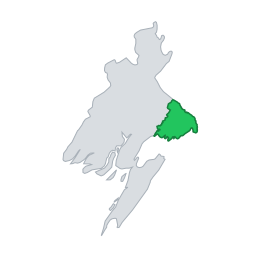 Bangladesh, with Sylhet highlighted, rotated 41°
{"feature_id": "BGD-2488", "entity_name": "Sylhet", "entity_type": "Division", "adm_level": 1, "iso_a3": "BGD", "parent_name": "Bangladesh", "parent_adm1": "", "projection": "equal_earth", "projection_center": [91.663, 24.595], "detail": "fine", "context": "in_parent", "style": "filled", "palette": "green", "viewbox_px": 256, "rotation_deg": 41, "n_neighbors": 0, "source": "natural_earth", "source_scale": "10m", "svg_char_len": 6555}
<svg xmlns="http://www.w3.org/2000/svg" viewBox="0 0 256 256"><g transform="rotate(41 128 128)"><path d="M95.0,181.7L95.0,175.4L91.7,163.2L91.9,161.9L91.3,156.0L90.4,152.7L90.1,149.3L92.1,144.3L91.3,143.5L86.9,141.9L86.4,140.6L87.4,135.7L84.2,131.1L83.0,127.6L86.5,116.5L87.4,108.7L87.1,107.2L85.1,105.5L81.5,104.8L78.9,103.3L77.4,101.1L76.1,100.3L74.6,100.9L72.6,100.1L70.9,97.9L69.5,95.2L70.1,92.3L72.8,85.5L73.8,85.3L76.1,86.6L76.9,86.6L78.5,83.9L80.6,76.2L88.0,76.9L89.8,76.7L91.6,76.0L92.6,75.1L93.2,73.8L93.0,72.8L90.8,71.3L89.9,70.3L89.3,67.2L88.6,66.0L84.2,65.9L81.9,64.5L80.7,63.2L78.4,59.0L75.7,55.9L73.0,55.2L72.0,54.2L71.5,52.6L71.8,50.3L73.2,45.9L80.6,36.4L80.8,35.3L80.5,34.1L78.4,32.6L78.3,31.8L78.9,29.8L80.1,29.6L82.6,31.4L85.1,34.3L86.6,36.9L86.7,39.0L88.7,39.4L90.3,40.3L92.1,40.1L93.2,40.6L93.9,40.4L94.2,39.2L92.8,36.2L93.5,35.0L95.2,35.0L96.4,36.1L97.2,38.4L97.4,42.0L99.3,45.3L101.9,47.6L103.9,48.6L106.3,49.4L108.4,48.7L109.5,46.4L109.0,44.4L109.4,42.6L110.2,41.6L111.5,41.6L112.5,43.1L115.3,50.8L114.7,54.2L115.3,63.7L114.5,69.9L115.0,72.3L115.5,72.7L119.8,73.9L126.0,76.4L130.8,77.3L152.3,76.6L157.0,77.8L171.5,76.9L175.4,78.9L179.6,82.1L182.1,84.5L182.5,85.9L182.2,87.1L181.4,87.7L179.9,87.7L176.6,86.2L176.0,86.6L175.9,90.4L173.2,99.8L172.8,102.7L171.8,103.8L169.0,104.4L167.1,109.9L166.3,110.6L164.5,109.4L163.3,109.6L161.8,110.1L160.4,111.4L159.4,112.9L158.2,113.5L154.2,113.4L153.4,115.9L150.7,119.3L148.9,128.1L149.0,130.8L151.3,137.9L152.8,147.1L153.4,148.0L154.2,148.1L154.2,143.9L155.0,143.3L155.9,143.8L157.8,149.5L158.9,150.9L160.6,151.3L162.5,150.5L163.9,148.8L164.5,147.0L164.0,140.8L164.9,138.3L168.2,134.6L168.7,133.4L168.5,127.2L169.7,127.0L171.4,127.5L173.5,126.1L174.1,126.0L175.0,127.6L176.5,127.3L178.8,139.6L179.0,148.3L179.5,153.1L180.3,154.2L182.8,161.4L185.2,186.9L185.5,203.1L186.5,208.7L185.7,209.9L184.9,210.1L184.1,208.2L178.8,204.1L177.5,204.5L175.6,206.9L174.9,209.1L175.2,212.2L175.8,215.3L177.1,217.1L177.2,219.0L178.6,226.4L178.2,226.4L175.3,219.7L171.8,213.2L170.6,201.4L170.5,195.7L168.1,188.9L165.8,177.0L166.8,172.8L165.1,174.7L162.4,167.6L158.3,160.6L157.1,157.6L157.0,154.6L155.2,157.6L152.8,159.7L150.3,162.9L148.6,163.8L143.4,164.4L140.4,160.2L136.0,149.8L135.5,147.4L136.1,141.3L135.0,135.5L134.8,130.5L134.0,130.9L133.7,132.3L133.8,134.5L133.5,136.3L126.2,135.1L129.3,138.1L132.7,138.8L134.4,141.5L134.5,146.1L131.2,148.8L131.5,151.1L133.4,153.9L131.1,154.7L130.4,156.5L130.4,159.1L132.0,163.1L131.7,164.7L134.4,169.9L135.0,172.4L134.3,176.0L128.3,183.2L126.5,188.3L125.1,190.7L123.2,191.1L121.0,188.7L121.0,186.2L121.4,184.2L124.6,179.5L122.9,180.1L118.0,184.1L117.1,180.9L116.5,177.9L116.5,174.3L118.9,168.9L116.2,171.6L115.5,174.9L115.8,178.9L115.4,181.7L114.4,185.4L113.0,187.6L110.7,189.0L109.6,191.2L108.1,192.8L107.6,185.4L106.0,175.4L105.7,177.6L106.5,183.8L106.4,187.8L105.1,191.0L102.6,194.4L100.7,194.9L99.6,194.4L96.0,189.2L95.7,184.3L95.0,181.7ZM139.1,181.8L134.6,183.0L132.3,182.6L136.6,173.6L136.5,169.6L135.8,166.3L133.7,163.7L133.6,161.8L132.6,159.3L132.1,156.3L134.5,155.3L136.4,157.0L137.1,160.4L138.1,163.0L141.4,168.2L141.3,171.5L140.4,179.4L139.1,181.8ZM148.6,178.8L145.9,181.2L146.8,167.1L148.8,172.3L149.3,175.2L148.6,178.8ZM159.0,171.8L157.8,172.8L156.7,171.9L155.3,168.6L156.0,164.3L156.4,163.7L158.1,168.0L159.0,171.8ZM169.0,201.7L167.5,201.9L166.7,200.9L167.1,199.4L166.6,194.8L168.6,194.4L169.3,198.2L169.0,201.7ZM167.3,188.8L166.1,193.4L165.7,191.4L166.5,187.3L167.3,188.8ZM135.7,151.9L136.1,153.4L133.6,151.5L133.0,150.1L134.1,149.4L135.7,151.9Z" fill="#d9dde1" stroke="#a8b0b8" stroke-width="1"/><path d="M174.0,98.1L173.7,98.4L173.3,98.7L173.0,99.1L172.9,99.7L173.0,101.8L172.9,102.8L172.5,103.6L171.8,103.9L171.1,104.0L169.0,103.8L168.9,104.2L169.5,105.4L169.5,105.8L169.0,105.6L168.5,105.1L168.2,104.8L167.7,105.1L167.6,105.7L167.9,107.0L167.8,107.7L167.3,110.6L167.1,111.2L166.8,111.4L166.3,111.3L165.5,110.3L165.4,110.0L165.4,109.3L165.3,109.0L165.1,109.0L163.5,108.6L163.2,109.0L163.3,109.7L163.4,110.4L163.4,111.0L163.2,111.5L162.7,111.7L162.2,111.6L161.8,111.3L161.5,110.7L161.1,109.4L160.8,109.2L160.7,109.6L160.4,111.8L160.2,112.5L160.0,113.0L159.6,113.3L159.0,113.5L158.0,113.7L157.0,113.6L155.1,113.1L154.1,113.2L153.8,114.0L153.7,115.3L153.5,116.7L153.2,117.0L152.9,116.9L152.7,116.8L152.7,116.6L152.8,116.0L152.8,115.8L152.8,115.7L152.7,115.5L152.4,115.2L152.3,114.6L152.3,114.4L152.2,114.0L152.1,113.8L152.1,113.1L152.1,112.7L152.1,112.4L152.0,112.1L151.8,111.6L151.8,111.3L151.8,111.1L151.9,110.9L152.0,110.8L152.1,110.7L152.7,110.6L152.8,110.5L152.9,110.4L152.7,110.3L152.1,110.1L152.0,109.8L152.0,109.7L152.8,109.1L153.2,108.7L153.3,108.6L153.3,108.4L153.1,108.2L152.7,108.2L152.5,108.3L152.3,108.4L151.5,109.3L150.8,109.2L148.8,107.8L149.0,107.4L149.2,107.2L149.5,106.0L150.4,105.6L150.9,105.1L150.6,104.4L150.9,104.1L151.0,104.0L151.2,103.7L151.1,103.4L151.0,103.2L150.8,102.9L150.3,102.3L150.7,102.0L150.7,101.5L150.7,101.4L150.6,100.7L150.3,100.6L150.0,100.6L149.8,100.4L149.6,100.1L149.7,99.9L149.9,99.6L150.1,99.2L150.4,98.6L150.7,97.4L150.3,97.1L150.2,97.0L150.0,96.8L149.9,96.4L149.6,95.9L149.5,95.7L149.9,95.5L150.1,95.3L150.2,95.1L150.2,94.9L150.2,94.7L150.3,94.5L150.3,94.3L150.4,94.1L150.5,93.9L150.5,93.7L150.4,93.3L150.3,93.0L150.0,92.8L149.2,92.8L148.9,92.9L148.6,92.8L148.5,92.2L148.7,90.4L148.6,88.9L148.4,88.2L148.1,86.7L145.1,87.1L144.3,86.7L142.7,83.3L143.0,82.1L143.2,81.5L143.5,81.0L143.6,80.7L143.6,80.3L143.2,78.8L143.3,77.3L143.5,77.3L144.3,76.9L148.3,76.1L149.7,76.2L150.1,76.1L150.6,75.8L150.9,75.8L152.1,76.6L155.8,78.0L156.8,78.1L157.1,78.0L157.6,77.8L157.9,77.8L158.2,77.7L158.6,77.3L158.8,77.2L159.2,77.2L159.4,77.5L159.6,77.9L160.0,78.3L160.4,78.4L161.1,78.4L161.7,78.3L161.9,78.0L162.0,77.5L162.3,77.4L162.7,77.6L162.9,77.7L163.1,77.6L163.2,77.1L163.4,77.0L163.8,76.9L165.0,77.0L167.7,76.6L169.1,76.9L169.6,76.7L170.2,76.4L171.1,76.5L171.9,76.7L172.5,77.0L173.0,77.7L173.1,77.9L173.3,78.0L173.7,78.0L173.9,78.2L174.0,78.2L174.4,78.1L174.6,78.2L174.7,78.3L175.1,78.9L175.5,79.3L175.8,79.6L176.1,79.7L176.6,79.9L177.9,80.1L178.1,80.3L178.5,81.0L179.2,81.4L179.8,81.8L179.9,82.5L180.0,82.8L180.6,83.0L181.4,83.9L181.7,84.0L181.8,84.2L181.6,84.4L182.2,84.8L182.4,85.1L182.6,85.6L182.7,86.2L182.6,86.6L182.3,87.2L181.4,87.5L179.8,88.2L179.6,88.1L179.4,88.0L179.3,87.8L179.3,87.6L177.6,86.3L176.6,85.9L175.8,86.3L175.7,86.9L175.8,87.5L176.2,88.6L176.2,89.1L176.2,89.6L176.1,90.2L174.8,94.6L174.6,95.9L174.5,97.0L174.4,97.6L174.1,98.1L174.0,98.1Z" fill="#22c55e" stroke="#15803d" stroke-width="1.5"/></g></svg>